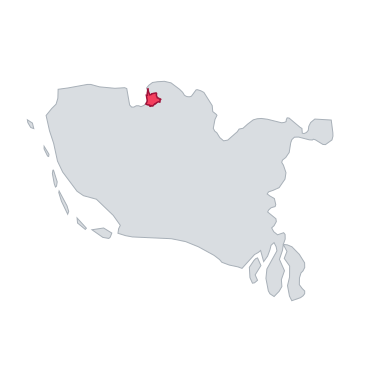 location of Tubbergen, Overijssel, Netherlands, rotated 260°
{"feature_id": "6326949B58523414379719", "entity_name": "Tubbergen", "entity_type": "district", "adm_level": 2, "iso_a3": "NLD", "parent_name": "Netherlands", "parent_adm1": "Overijssel", "projection": "orthographic", "projection_center": [6.747, 52.404], "detail": "fine", "context": "in_parent", "style": "filled", "palette": "rose", "viewbox_px": 384, "rotation_deg": 260, "n_neighbors": 0, "source": "geoboundaries", "source_scale": "gbopen_adm2", "svg_char_len": 4677}
<svg xmlns="http://www.w3.org/2000/svg" viewBox="0 0 384 384"><g transform="rotate(260 192 192)"><path d="M238.7,341.6L232.0,341.3L225.8,341.0L222.5,340.5L219.0,338.9L217.4,335.6L215.5,331.6L216.1,329.2L222.0,322.5L222.9,320.6L222.3,319.6L223.0,316.6L227.6,306.5L228.2,302.4L226.3,299.5L223.4,297.8L214.1,294.6L209.7,290.3L207.7,286.6L205.6,285.5L202.5,286.7L194.7,287.9L188.5,285.8L181.2,278.6L179.6,272.3L178.8,267.4L177.0,265.7L174.5,268.1L171.2,272.0L165.0,272.3L163.2,271.3L163.0,269.1L162.7,267.1L161.0,264.4L159.2,263.0L151.1,270.0L148.2,269.9L144.6,267.0L142.8,264.2L138.7,265.6L135.0,268.8L136.0,275.2L134.0,276.3L129.5,275.6L124.5,272.8L118.9,271.0L110.5,266.4L98.4,269.4L90.2,264.8L83.3,264.1L79.1,260.6L74.8,254.7L78.2,251.1L81.4,250.0L94.1,249.8L103.2,252.4L119.3,265.4L123.4,265.4L127.9,264.0L125.8,260.6L121.7,258.8L115.7,255.3L111.0,250.5L122.5,249.4L121.0,246.9L119.6,242.8L108.1,228.0L110.3,224.2L113.6,216.0L117.6,209.2L120.7,207.4L125.8,202.7L137.0,188.7L144.2,177.2L149.6,163.5L158.1,125.5L160.5,119.1L164.2,111.9L168.6,113.4L171.6,115.6L182.6,110.4L201.5,96.6L207.2,84.5L212.7,78.9L234.1,68.1L245.8,64.9L263.9,64.2L277.0,62.3L292.7,61.6L298.6,68.4L302.1,73.4L307.7,76.2L316.4,78.0L316.0,87.9L316.1,107.5L315.5,111.0L311.6,119.2L307.5,134.1L306.4,143.8L305.2,145.7L288.5,145.7L286.1,147.3L285.7,149.5L286.6,152.0L286.2,154.5L284.9,156.5L285.6,159.7L288.5,163.4L293.8,165.6L299.5,165.8L302.4,165.4L304.6,168.0L306.7,172.1L306.6,177.1L305.8,184.0L303.1,190.3L295.3,197.6L291.8,200.1L288.5,201.4L286.9,203.4L286.2,205.8L286.4,208.0L291.9,213.8L291.8,215.1L290.2,218.2L288.0,221.0L273.6,226.9L267.6,226.4L264.2,229.4L263.2,229.9L259.4,227.2L251.0,224.0L247.9,225.0L246.1,226.7L240.8,228.8L236.9,232.0L236.9,236.2L243.5,247.1L245.8,249.3L245.9,253.3L249.1,258.4L252.4,264.8L252.8,268.9L252.4,273.0L250.6,278.8L244.6,292.3L244.5,295.0L245.0,296.9L247.0,297.5L248.5,298.6L248.0,300.4L236.9,309.7L235.5,311.3L230.8,310.8L230.1,312.4L230.7,315.0L232.5,317.2L236.4,318.4L239.8,320.9L242.5,325.6L238.7,341.6ZM124.5,272.8L123.4,276.7L120.7,280.9L111.9,286.9L102.7,290.6L98.1,289.9L95.0,287.6L93.4,285.3L88.7,282.9L82.1,281.6L77.9,283.7L74.9,285.8L72.3,285.3L70.5,283.4L69.1,280.5L67.6,271.4L72.6,269.9L83.2,269.8L91.3,273.3L102.1,275.3L110.6,271.3L117.0,275.2L124.5,272.8ZM107.9,235.4L114.0,241.3L115.3,243.2L115.7,245.1L107.6,247.1L99.4,239.8L93.7,241.2L91.7,237.8L91.7,235.7L97.6,234.2L107.9,235.4ZM171.9,98.7L165.5,105.9L161.8,103.7L160.7,102.0L162.8,96.3L172.2,86.9L171.9,98.7ZM200.1,66.5L194.3,67.2L191.7,65.7L205.7,61.8L214.6,60.7L216.1,61.3L200.1,66.5ZM237.6,59.4L225.4,61.0L221.3,59.6L220.6,58.4L223.9,57.8L234.4,57.7L237.6,58.8L237.6,59.4ZM186.4,74.3L174.7,81.7L173.7,80.4L181.3,73.9L186.4,74.3ZM287.6,46.8L281.9,47.2L283.5,44.4L288.8,42.4L291.7,42.4L287.6,46.8ZM262.7,54.3L254.0,57.7L251.9,57.0L252.5,56.0L260.1,53.8L262.7,54.3Z" fill="#d9dde1" stroke="#a8b0b8" stroke-width="1"/><path d="M286.2,176.1L287.0,176.2L287.6,176.4L288.2,176.7L288.3,176.8L288.6,177.3L288.8,177.3L289.1,177.1L289.2,176.4L289.2,176.1L289.3,176.0L289.4,175.9L289.5,175.9L290.1,175.6L290.2,175.4L290.4,175.2L290.7,174.2L291.3,174.1L292.2,174.0L292.9,173.7L293.6,173.8L294.0,173.9L294.3,174.0L295.0,174.0L295.3,174.2L295.8,173.8L295.8,173.2L295.8,172.9L295.8,172.7L295.8,172.3L295.8,171.3L295.7,170.2L295.7,169.9L295.7,169.7L295.7,169.2L295.3,169.0L295.1,168.6L295.0,168.4L295.1,167.9L295.1,167.5L295.1,167.2L295.4,167.2L295.9,167.0L296.2,167.0L296.3,166.9L296.7,166.9L297.3,166.8L297.9,166.6L298.2,166.6L299.1,166.5L299.6,166.5L299.9,166.5L300.5,166.6L301.2,166.6L301.1,166.2L300.8,166.3L300.7,166.3L298.5,165.6L297.4,165.2L295.7,164.7L295.1,164.8L295.2,163.8L294.6,163.9L293.7,163.8L292.0,163.8L291.1,163.8L290.6,163.8L290.1,163.8L288.7,163.4L288.2,163.0L286.9,162.0L286.7,162.0L286.5,161.9L286.3,162.2L286.0,162.7L285.8,163.2L285.6,163.4L285.6,163.5L285.4,163.8L285.4,164.0L285.3,164.3L285.3,164.5L285.2,164.6L285.0,164.8L285.0,165.0L284.9,165.0L284.7,165.2L284.4,165.2L284.3,165.3L284.2,165.3L283.9,165.4L283.9,165.5L283.7,165.7L283.7,165.8L283.6,166.0L283.7,166.3L283.8,166.3L283.7,166.4L283.7,166.5L283.8,166.6L283.9,166.8L283.9,167.0L284.0,167.0L283.9,167.2L283.8,167.3L283.7,167.4L283.7,167.5L283.8,167.5L283.7,167.7L283.7,167.8L283.7,167.7L283.6,167.8L283.6,168.0L283.5,168.3L283.6,168.5L283.8,168.5L283.9,168.8L284.0,168.9L284.1,169.0L284.5,169.6L284.9,170.2L285.3,170.7L285.2,171.0L285.3,171.0L285.4,171.5L285.5,171.8L285.6,172.1L285.7,172.3L285.8,172.4L285.9,172.5L286.0,172.5L286.0,172.4L286.1,172.5L286.2,172.9L286.3,173.2L286.4,173.5L286.5,174.0L286.7,175.0L286.3,175.5L286.2,175.7L286.1,175.8L286.2,176.1Z" fill="#f43f5e" stroke="#9f1239" stroke-width="1.5"/></g></svg>